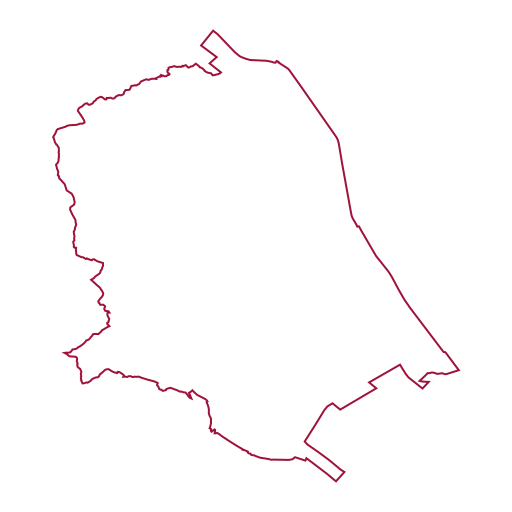 outline of Vernesti, Buzau, Romania
{"feature_id": "2599482B61232109036765", "entity_name": "Vernesti", "entity_type": "district", "adm_level": 2, "iso_a3": "ROU", "parent_name": "Romania", "parent_adm1": "Buzau", "projection": "robinson", "projection_center": [26.665, 45.216], "detail": "fine", "context": "isolated", "style": "outline", "palette": "rose", "viewbox_px": 512, "rotation_deg": 0, "n_neighbors": 0, "source": "geoboundaries", "source_scale": "gbopen_adm2", "svg_char_len": 5837}
<svg xmlns="http://www.w3.org/2000/svg" viewBox="0 0 512 512"><path d="M344.4,472.0L340.2,469.3L329.3,460.2L318.9,452.5L307.3,444.4L304.7,441.5L315.1,425.2L324.3,410.2L327.4,406.4L332.5,403.3L340.2,409.6L376.3,388.3L369.1,382.4L400.0,364.7L405.7,373.9L408.5,377.4L422.5,388.5L428.7,381.9L423.1,381.6L421.5,381.4L419.6,380.9L425.6,375.3L427.6,373.1L429.5,373.2L431.2,372.6L432.7,372.5L435.5,373.2L436.7,373.8L438.3,373.8L442.0,373.2L445.0,374.2L445.6,374.2L446.7,374.0L458.8,370.2L445.6,352.5L445.0,352.1L443.7,352.0L443.4,351.8L409.2,306.7L408.3,305.2L404.6,300.0L398.9,290.1L391.9,277.0L389.0,272.4L387.8,270.7L376.0,255.9L361.5,231.0L359.0,226.4L357.2,226.6L356.7,225.7L356.9,225.5L352.9,218.7L351.9,216.5L351.2,213.8L342.2,163.9L338.7,143.0L337.6,139.5L336.3,137.0L333.5,133.0L301.0,86.5L288.7,69.3L287.3,68.2L279.1,62.9L279.3,62.8L278.2,61.7L276.6,61.0L275.5,62.7L274.4,62.7L271.3,61.7L266.7,60.8L250.2,60.0L245.3,58.6L240.5,56.7L238.8,55.5L234.9,52.3L217.5,34.1L213.1,30.7L201.1,45.5L216.7,57.1L209.6,63.4L221.0,72.4L219.9,73.4L218.2,74.1L212.9,75.4L212.4,74.8L212.2,74.8L211.0,73.3L207.9,72.7L206.3,72.0L204.6,70.9L204.4,70.2L202.3,68.3L200.3,67.3L199.8,67.3L198.5,65.7L195.8,63.7L192.6,66.2L191.0,66.5L188.7,67.6L188.0,67.4L185.9,65.2L183.5,65.9L183.1,66.3L182.3,65.9L181.4,66.9L179.0,66.7L178.0,66.9L176.9,66.9L176.1,66.8L174.6,66.2L173.4,66.3L172.4,66.8L170.7,67.0L168.8,67.6L168.6,67.7L168.4,69.6L168.2,69.9L167.5,70.0L167.4,71.8L168.3,73.2L169.3,73.7L169.5,74.2L169.0,74.8L167.3,75.3L166.5,76.1L164.8,76.3L161.4,75.1L161.5,76.1L160.3,75.7L160.1,76.0L160.0,76.6L159.7,76.5L155.6,78.4L155.9,78.9L154.3,78.7L151.4,78.8L148.7,79.9L146.5,79.3L144.3,80.0L143.0,80.7L141.1,81.4L139.0,84.1L137.6,84.7L136.7,85.3L135.9,85.5L134.9,85.2L133.4,85.7L131.4,85.9L129.7,89.6L128.1,90.0L125.5,90.1L125.2,90.8L124.1,92.1L123.8,93.7L123.2,94.4L121.0,95.3L118.6,95.1L115.8,96.6L114.7,98.0L114.3,98.3L113.0,98.6L112.0,98.4L110.9,97.8L110.1,97.7L108.6,98.0L106.9,97.9L106.7,98.0L106.6,98.9L106.3,99.4L105.3,99.4L104.9,99.4L103.4,98.1L101.9,97.1L100.7,96.8L98.6,97.7L96.7,98.9L96.1,99.5L95.5,100.5L93.9,101.4L93.1,102.8L92.4,103.5L90.2,104.6L89.6,104.8L88.5,104.7L87.2,103.3L85.4,103.6L83.6,104.9L82.3,106.3L80.3,107.3L79.2,108.0L78.6,108.7L77.8,110.7L82.4,117.5L83.9,120.1L84.6,122.0L84.3,122.8L82.2,123.7L79.9,123.7L76.8,124.8L69.2,125.3L66.6,126.0L65.9,126.6L57.8,129.1L56.7,130.1L55.6,132.9L54.8,134.4L53.8,135.8L53.2,137.4L53.6,137.7L55.0,142.3L56.3,144.5L56.7,144.6L57.1,145.1L58.8,147.9L58.9,151.3L58.6,152.1L58.6,152.7L59.0,153.6L58.8,156.1L59.0,157.2L58.6,158.3L58.6,160.2L58.3,161.7L57.3,163.3L56.3,164.3L56.0,165.0L56.5,166.2L56.9,168.3L58.3,171.8L57.8,175.1L58.7,175.9L58.6,176.2L59.1,176.8L59.1,178.1L64.7,184.2L66.7,190.4L71.8,193.8L73.5,197.0L74.7,202.3L74.1,204.6L70.3,207.4L70.1,209.7L72.2,214.2L75.4,219.9L75.7,222.8L76.2,224.5L75.5,226.7L75.0,227.5L74.8,229.7L73.7,231.8L74.5,236.7L74.1,238.3L74.4,240.4L73.3,241.6L73.2,242.1L73.9,245.0L73.8,246.8L74.0,247.3L74.4,247.5L76.1,247.7L76.2,247.9L75.8,248.9L76.2,252.6L76.2,253.6L76.7,255.0L81.3,257.1L83.1,257.3L85.8,259.0L86.3,258.9L86.8,258.4L89.0,259.4L91.8,260.2L92.4,259.7L93.2,259.3L94.3,259.3L94.8,259.8L97.4,261.3L103.0,263.0L103.1,264.5L102.9,266.2L102.4,267.0L102.0,268.8L101.7,269.5L100.7,270.5L100.6,271.5L99.7,273.4L95.4,276.4L94.5,277.3L94.0,278.1L91.1,279.8L95.9,284.1L96.6,284.9L98.6,286.5L100.4,288.3L100.9,289.4L102.1,290.9L103.1,293.1L103.2,294.2L102.9,295.2L102.0,296.7L99.8,299.1L98.4,301.1L98.3,301.7L98.7,302.8L99.5,303.1L99.6,303.8L100.3,304.8L103.2,304.7L104.6,305.8L105.1,306.4L104.9,307.1L104.2,308.9L105.0,310.5L105.2,310.8L108.5,311.3L109.4,312.6L107.9,312.6L107.5,312.9L107.4,313.5L107.4,315.0L107.7,316.0L109.2,318.8L109.1,319.6L108.6,320.7L108.7,321.4L108.4,322.1L107.2,322.9L107.2,323.8L109.4,326.2L107.3,327.1L103.1,329.7L102.2,330.0L101.0,331.7L98.4,334.1L95.5,333.9L93.1,334.1L92.1,335.8L90.7,337.3L89.3,339.1L88.7,339.6L86.1,340.6L85.3,341.9L84.2,343.1L82.8,344.3L80.2,346.2L78.2,347.2L77.2,348.2L75.9,348.9L72.4,349.5L72.2,350.1L70.3,352.3L67.5,352.8L66.5,352.6L64.6,352.9L66.3,353.8L69.4,356.2L70.1,356.4L75.2,356.7L76.1,357.0L76.9,357.9L77.1,358.9L76.8,361.3L76.9,361.8L77.5,362.9L77.6,364.1L77.2,364.5L77.5,366.4L77.6,366.8L78.5,367.7L80.2,369.0L81.4,372.0L80.8,373.9L81.3,376.2L80.8,377.5L81.5,380.7L81.3,380.7L82.4,383.3L83.0,383.5L84.1,383.2L86.8,382.4L87.7,382.7L90.5,380.9L92.4,378.9L96.0,377.4L97.8,377.3L98.2,377.1L99.0,376.2L99.9,374.4L100.3,374.0L101.6,373.1L105.3,369.7L107.4,369.2L108.7,369.2L111.6,371.1L114.6,372.5L116.1,372.7L116.9,373.2L117.3,373.0L117.6,372.2L118.0,371.8L119.9,372.3L123.2,374.6L123.9,375.4L123.3,376.8L125.3,376.6L126.9,377.0L128.8,376.2L130.7,376.2L131.6,376.7L133.1,377.1L134.6,376.6L136.0,376.9L138.8,376.6L141.4,377.7L147.5,379.6L154.6,381.5L157.7,383.0L157.0,385.1L157.5,385.5L158.6,387.2L159.2,389.0L160.6,389.7L161.5,389.7L162.4,390.7L162.9,390.9L165.9,390.1L166.5,388.9L170.4,387.8L177.0,390.2L180.1,391.7L180.8,391.5L181.9,391.7L183.3,392.3L185.5,392.5L187.1,394.4L189.0,397.1L190.2,398.0L191.4,398.5L189.0,392.8L190.9,391.7L192.4,390.3L193.7,391.7L197.0,394.8L205.2,399.0L206.7,400.2L207.5,401.6L206.6,402.2L207.4,404.0L208.4,406.8L208.9,409.6L208.8,412.8L209.0,414.1L209.9,416.5L210.7,417.8L211.0,418.8L211.0,423.3L210.2,426.7L209.6,428.3L211.1,429.1L211.0,430.9L211.1,431.3L211.5,431.7L214.4,429.5L215.0,429.7L215.1,430.5L214.6,433.3L215.7,433.4L217.0,432.9L219.2,434.1L221.9,436.2L227.9,440.2L236.9,445.9L242.9,449.4L242.7,449.8L243.0,449.9L244.4,450.1L247.9,451.6L247.7,452.5L249.1,453.5L250.3,453.6L250.6,453.8L251.0,454.7L251.5,455.0L254.4,455.4L255.7,456.1L260.2,457.7L267.8,458.9L271.7,459.8L273.0,459.6L288.5,459.9L290.1,459.7L291.8,459.4L293.0,458.9L295.0,457.2L305.4,460.6L306.4,458.2L327.1,473.9L332.3,478.3L336.0,481.3L344.4,472.0Z" fill="none" stroke="#9f1239" stroke-width="2"/></svg>